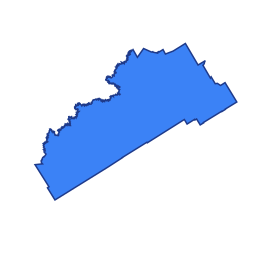 the district of Las Colonias, Santa Fe, Argentina, rotated 227°
{"feature_id": "61730980B52273662212744", "entity_name": "Las Colonias", "entity_type": "district", "adm_level": 2, "iso_a3": "ARG", "parent_name": "Argentina", "parent_adm1": "Santa Fe", "projection": "mercator", "projection_center": [-60.871, -31.246], "detail": "fine", "context": "isolated", "style": "filled", "palette": "blue", "viewbox_px": 256, "rotation_deg": 227, "n_neighbors": 0, "source": "geoboundaries", "source_scale": "gbopen_adm2", "svg_char_len": 5974}
<svg xmlns="http://www.w3.org/2000/svg" viewBox="0 0 256 256"><g transform="rotate(227 128 128)"><path d="M150.7,227.6L153.5,213.4L156.6,205.8L161.5,207.1L162.4,202.5L162.9,202.6L163.4,200.6L162.9,200.5L166.2,198.1L166.9,198.2L167.1,197.4L167.9,196.8L175.5,193.6L173.3,183.1L181.8,185.1L181.7,184.8L182.2,184.0L181.9,183.1L182.7,183.3L183.2,181.8L182.9,181.5L182.4,182.2L182.0,181.7L182.4,181.1L183.2,180.9L183.1,180.0L182.5,179.9L182.7,179.3L182.5,179.0L181.4,180.1L181.3,179.2L180.9,179.3L180.7,179.9L180.3,179.8L180.6,177.7L181.1,178.4L181.1,177.4L181.7,177.6L181.9,177.2L181.7,176.0L180.9,176.0L180.6,175.6L180.0,175.8L179.5,174.5L179.2,175.0L179.1,174.4L178.5,173.8L178.3,174.0L178.9,174.9L178.1,174.5L177.9,173.9L178.4,172.9L178.4,171.9L177.0,171.7L178.6,171.3L179.0,170.8L179.1,170.5L178.3,170.3L177.7,169.2L178.7,169.4L178.4,168.7L178.7,168.2L178.8,168.8L179.3,168.2L179.8,168.5L180.6,168.1L179.6,167.8L179.8,167.1L179.6,166.2L180.9,165.5L180.6,164.9L181.6,164.3L181.2,164.4L179.9,163.8L180.2,162.9L181.0,162.8L181.6,163.4L181.4,162.3L180.5,162.6L180.1,161.7L180.7,161.4L181.0,160.6L179.5,160.8L179.7,160.1L179.2,159.7L179.4,158.6L179.1,157.6L178.6,157.6L178.7,156.5L178.1,156.3L177.9,156.8L177.3,156.5L176.8,157.1L176.5,156.9L177.3,155.4L176.8,155.3L176.8,154.4L175.6,153.5L177.4,152.8L177.4,152.5L176.6,152.3L176.0,151.6L175.9,150.9L176.2,149.8L177.8,150.0L179.2,149.0L178.1,148.7L179.7,147.6L178.7,147.1L178.6,146.6L179.1,147.0L179.4,146.7L178.5,146.3L178.8,145.0L178.2,144.5L177.7,144.6L177.0,144.9L176.5,145.6L176.1,144.5L176.2,145.7L175.9,146.0L175.3,145.5L175.1,144.6L174.3,145.0L174.8,145.3L174.6,145.8L173.6,144.4L173.3,144.4L173.0,144.8L173.5,145.6L172.3,145.6L171.5,146.1L172.3,147.1L171.2,146.6L170.6,146.9L170.2,147.7L171.0,147.5L170.9,147.8L170.2,148.1L169.1,147.8L168.4,149.1L168.4,147.9L167.7,147.2L167.2,147.4L167.6,147.9L167.3,148.3L167.2,147.6L166.6,148.2L165.6,147.6L165.3,148.4L165.9,148.8L165.7,149.5L163.5,150.0L163.3,149.2L164.2,147.6L163.7,147.8L163.2,147.3L162.4,147.3L161.8,147.9L161.6,147.1L161.0,146.7L160.8,145.5L159.7,145.3L159.2,144.8L158.1,145.2L158.0,144.6L159.3,144.4L159.6,143.8L160.1,143.8L159.4,143.2L159.6,142.3L161.0,142.1L160.8,140.9L161.8,139.9L161.9,139.4L161.2,138.9L162.1,138.9L162.1,137.8L163.1,137.6L163.1,137.0L162.7,137.4L162.3,137.3L162.1,136.6L162.4,136.0L161.5,135.7L161.4,134.7L160.7,133.9L161.0,133.1L161.7,133.7L161.9,132.9L161.3,132.7L161.0,132.2L161.8,132.0L162.4,132.6L162.8,131.9L162.8,131.3L162.2,131.4L162.2,131.2L162.8,130.7L164.0,130.8L163.9,130.2L164.3,129.6L163.8,129.6L163.3,128.9L163.9,128.7L165.0,129.2L165.5,128.6L165.4,128.1L164.4,128.0L164.4,127.2L165.6,127.0L166.3,127.7L166.4,126.9L167.8,127.7L168.5,127.2L167.8,127.2L167.9,126.9L169.3,127.1L169.5,126.5L168.9,125.7L169.9,125.7L169.9,124.2L170.2,124.1L170.6,124.6L171.0,124.4L171.8,122.0L172.3,121.8L171.6,119.4L170.9,118.9L171.6,118.4L170.6,117.4L171.3,116.3L173.1,116.6L173.2,116.2L172.9,115.3L172.0,115.7L172.3,114.7L173.1,115.1L173.3,114.9L172.3,114.2L173.1,113.7L172.7,113.0L173.4,112.8L173.6,113.6L174.4,112.8L174.5,112.2L173.8,111.8L173.7,111.2L175.1,111.2L175.5,111.9L176.1,111.2L175.6,109.3L177.1,109.6L177.8,109.2L178.5,109.6L179.2,108.9L179.7,109.3L180.1,108.6L179.4,108.1L179.4,107.5L180.0,107.4L179.7,107.0L179.1,107.0L178.6,107.6L178.4,107.1L179.0,106.2L179.2,106.6L179.6,105.9L180.6,105.6L180.1,105.2L179.3,105.4L179.3,104.9L180.0,104.7L179.8,103.3L179.4,103.0L179.5,103.3L178.8,103.4L177.0,102.4L176.7,102.7L176.4,104.2L175.8,104.3L174.6,102.2L173.5,103.4L173.4,101.9L173.6,101.6L174.2,101.8L174.5,101.2L173.7,101.4L173.4,99.5L172.9,100.0L172.8,99.3L172.4,99.1L172.0,99.5L171.9,98.8L171.3,98.7L171.1,98.3L171.2,97.9L171.5,98.4L171.8,98.0L170.9,96.9L171.5,96.9L172.1,97.5L172.2,97.3L171.9,96.8L172.6,95.8L171.7,95.4L171.6,94.8L172.4,94.6L172.6,94.0L173.3,93.9L173.5,93.2L173.9,94.7L174.0,94.0L174.4,94.3L174.5,93.5L175.0,93.9L175.1,93.1L175.7,92.9L175.8,92.2L176.6,92.6L176.7,92.4L174.8,90.9L175.0,90.6L175.7,91.0L175.1,90.1L174.2,90.6L174.1,90.1L173.5,90.1L173.3,89.6L173.3,90.2L172.6,90.3L172.7,89.9L172.2,89.6L172.4,89.1L171.5,89.1L171.5,89.8L171.1,89.0L170.4,88.7L170.0,88.0L169.1,87.6L170.1,86.6L171.2,87.3L171.0,87.8L171.3,87.8L171.9,86.9L171.1,86.5L171.4,85.6L171.7,85.5L172.7,86.5L172.8,85.4L172.0,84.9L172.9,84.7L173.0,85.2L173.8,84.9L173.2,84.1L172.6,84.2L173.1,83.5L172.8,82.2L172.5,82.3L172.5,82.8L172.2,82.7L172.3,81.6L173.7,80.7L173.3,80.5L172.7,80.8L172.4,80.4L173.1,79.8L172.6,79.8L173.1,78.6L172.3,77.6L172.4,77.3L173.0,77.7L173.6,77.3L173.1,76.5L174.1,76.6L174.3,75.1L174.1,74.8L173.5,75.2L172.4,74.8L171.8,75.0L171.2,72.9L170.4,72.7L170.0,72.1L170.7,71.9L170.5,71.4L171.5,70.8L171.7,70.3L172.3,70.3L172.7,69.8L175.3,71.2L175.4,71.6L175.9,71.5L175.5,70.6L175.7,70.2L176.5,71.0L176.9,69.9L177.5,70.0L177.9,70.6L178.8,70.5L178.9,70.8L180.1,70.7L180.6,70.0L179.6,69.5L179.7,68.6L178.3,67.0L178.6,66.4L178.5,65.0L178.0,64.4L177.1,65.0L176.6,64.6L176.8,64.1L177.7,64.1L177.0,63.6L176.9,62.8L175.8,63.1L176.0,62.4L176.7,62.0L176.7,61.6L175.9,61.3L174.9,61.8L174.8,61.4L175.1,60.9L174.2,60.3L174.0,59.3L173.7,59.7L172.6,59.9L172.6,59.5L173.3,59.0L174.0,58.8L173.7,58.1L173.1,58.2L173.1,57.0L173.3,56.7L173.8,56.9L173.5,56.3L174.1,56.4L174.0,56.1L174.4,55.9L174.5,55.4L173.2,55.5L173.2,54.3L171.8,54.1L171.7,53.1L169.8,53.1L169.9,52.3L169.5,52.7L168.5,52.3L168.2,52.1L168.8,52.0L169.1,51.4L167.2,50.1L165.4,50.4L164.7,50.0L164.2,47.6L164.5,47.0L164.1,46.6L164.6,45.6L163.9,44.0L163.4,43.7L163.3,43.2L163.5,43.0L162.8,42.1L163.0,41.9L161.5,41.0L160.1,41.0L164.6,35.0L138.9,30.1L139.2,28.3L125.2,25.5L113.0,87.3L110.1,103.7L110.3,103.7L104.7,132.1L104.0,132.0L95.8,175.0L90.6,173.9L88.9,182.6L88.2,182.4L87.8,184.3L81.0,182.9L80.2,186.8L80.6,186.9L76.3,208.0L76.0,207.9L75.2,211.9L75.5,212.0L72.8,225.3L95.0,229.9L96.0,224.7L99.7,223.8L100.9,222.0L108.7,223.7L108.3,222.3L122.8,225.6L122.7,226.2L123.1,227.7L124.3,229.4L124.5,230.5L126.3,222.2L150.7,227.6Z" fill="#3b82f6" stroke="#1e3a8a" stroke-width="1.5"/></g></svg>